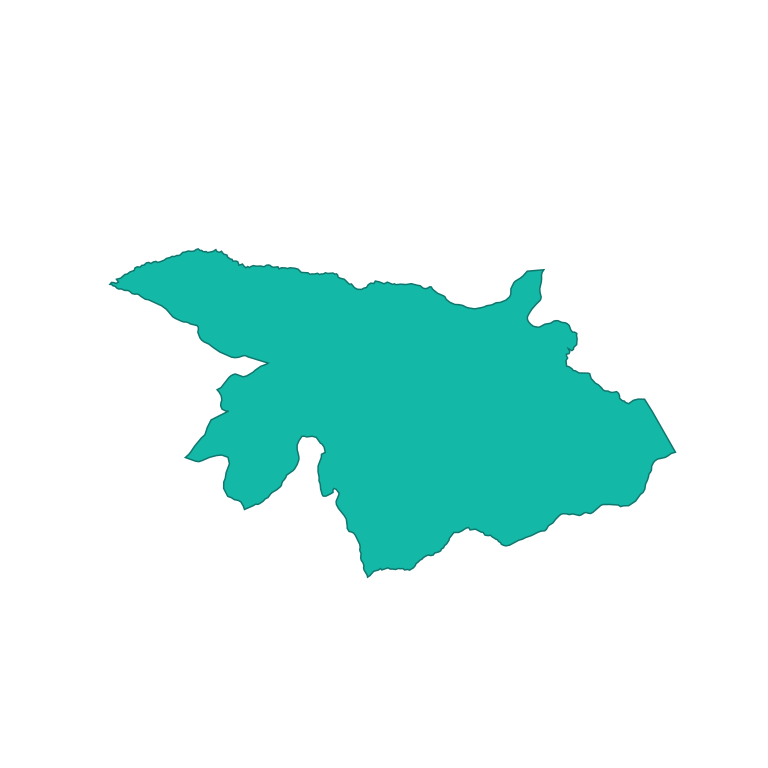 Santa Carmem, Mato Grosso, Brazil, rotated 209°
{"feature_id": "56859067B7371104164998", "entity_name": "Santa Carmem", "entity_type": "district", "adm_level": 2, "iso_a3": "BRA", "parent_name": "Brazil", "parent_adm1": "Mato Grosso", "projection": "natural_earth1", "projection_center": [-54.837, -11.947], "detail": "fine", "context": "isolated", "style": "filled", "palette": "teal", "viewbox_px": 768, "rotation_deg": 209, "n_neighbors": 0, "source": "geoboundaries", "source_scale": "gbopen_adm2", "svg_char_len": 6169}
<svg xmlns="http://www.w3.org/2000/svg" viewBox="0 0 768 768"><g transform="rotate(209 384 384)"><path d="M271.4,233.6L269.1,237.6L268.6,240.4L268.9,242.4L267.8,244.8L267.1,247.4L265.9,249.1L265.3,251.5L263.4,254.7L262.1,256.0L259.9,256.6L258.0,258.4L257.8,260.6L254.6,263.8L253.5,265.7L253.8,267.5L252.5,269.6L252.7,272.0L251.7,274.5L251.4,278.9L252.0,280.7L250.9,288.0L246.8,290.3L244.4,293.7L242.6,297.4L240.6,299.4L239.2,299.0L238.0,298.1L233.6,301.4L227.5,301.5L225.5,302.3L222.4,300.8L219.3,301.9L217.5,303.4L215.8,302.8L210.8,302.5L209.3,302.8L207.3,301.8L205.6,301.9L203.7,300.8L201.6,300.8L198.9,301.5L196.0,304.0L190.4,312.7L187.6,315.5L185.9,318.1L181.6,322.9L177.5,328.9L175.4,331.4L172.2,333.6L171.5,335.5L171.5,339.8L168.9,344.5L168.3,348.9L166.9,353.8L166.0,355.9L164.6,357.3L161.3,359.0L158.8,359.5L155.9,361.9L149.4,363.7L148.0,365.2L146.2,368.6L144.7,369.7L142.8,370.0L140.5,370.9L139.1,373.0L135.5,383.0L134.0,384.8L128.1,388.1L120.5,391.7L117.6,391.5L115.5,393.6L111.1,396.1L107.2,403.5L106.2,411.7L104.9,414.7L104.9,418.5L106.7,423.2L107.0,427.7L107.7,431.0L108.6,433.8L108.2,436.1L108.4,438.5L110.1,442.0L110.2,446.1L109.7,448.4L108.2,451.1L102.6,456.0L101.2,458.1L99.0,462.7L96.0,465.6L135.9,489.9L148.7,497.0L154.4,494.0L158.0,490.6L160.5,485.4L163.9,484.9L165.4,485.6L167.5,484.9L171.1,485.8L172.1,487.6L174.2,489.5L176.8,490.1L180.0,487.4L182.4,486.5L184.5,486.5L187.5,485.0L190.0,485.2L191.5,486.0L196.1,487.2L199.5,487.2L205.5,489.2L209.0,492.7L210.6,492.5L218.8,488.2L222.9,488.3L225.2,487.6L227.1,488.5L230.7,488.8L232.9,488.1L236.2,492.7L236.0,495.8L237.8,496.8L238.9,498.5L236.9,500.3L237.2,502.4L240.0,504.3L235.9,504.3L235.1,506.1L235.8,508.0L234.6,511.8L237.1,517.3L239.0,519.5L239.9,521.7L242.3,521.8L244.3,520.8L246.6,521.7L250.5,525.0L253.1,525.6L255.2,525.4L258.3,524.1L262.5,523.7L264.7,522.5L265.9,521.4L267.8,517.9L272.3,514.3L275.2,509.7L276.6,508.4L281.3,506.9L284.8,507.4L288.0,508.6L289.8,510.0L291.1,512.1L291.3,514.9L291.0,520.9L289.6,527.4L288.1,532.4L288.0,534.2L288.8,536.4L291.9,539.7L294.0,542.9L295.9,549.5L297.2,552.5L299.1,555.7L299.8,558.4L299.6,561.4L313.4,552.1L314.8,545.8L316.1,542.7L319.0,537.6L319.5,535.6L319.2,528.9L316.6,524.0L316.4,521.2L318.0,516.5L321.8,511.8L325.4,509.3L328.0,505.5L332.2,502.2L333.6,500.2L335.5,498.3L341.1,493.7L346.7,491.6L349.3,491.0L353.2,490.9L357.0,489.7L360.6,487.9L366.0,487.4L370.6,488.2L373.0,489.8L374.6,490.0L381.0,489.3L387.3,490.4L389.7,491.8L391.2,491.1L392.4,488.8L394.2,487.4L396.1,486.8L400.0,487.5L403.1,486.4L408.7,485.0L412.9,481.7L417.8,479.4L421.8,476.6L423.4,476.7L424.8,475.3L430.4,474.7L432.5,471.7L437.8,471.0L441.5,469.8L441.6,467.0L444.5,465.8L445.9,463.2L446.1,460.0L448.3,457.8L449.4,455.9L453.1,454.0L456.5,453.9L461.0,455.7L462.6,454.4L469.5,456.4L474.0,455.2L476.1,455.3L477.3,456.8L478.9,457.3L480.2,456.3L482.4,456.3L486.8,453.4L489.1,452.9L490.6,450.6L492.3,449.8L493.4,448.5L495.8,448.6L498.2,446.4L500.3,445.4L502.0,444.0L504.4,444.4L510.4,441.5L514.9,442.8L518.1,442.0L522.7,440.0L524.5,438.1L526.3,437.8L530.0,436.0L531.6,433.8L533.6,435.1L537.2,432.5L539.2,432.1L540.9,432.5L542.6,432.2L544.4,430.9L545.5,428.7L547.2,427.8L548.7,427.6L552.9,425.1L555.6,424.2L557.3,422.3L558.2,420.6L560.1,420.7L561.2,418.7L564.0,419.3L565.9,420.3L568.4,417.6L571.1,420.0L572.8,419.9L575.7,418.2L577.3,419.4L578.9,418.8L582.6,419.3L583.8,420.6L587.4,419.9L590.5,421.3L591.6,419.6L593.0,419.0L594.8,419.0L596.2,420.0L597.8,417.1L602.0,413.4L603.7,413.6L606.1,412.1L608.2,412.4L609.6,411.6L612.0,412.1L613.5,410.5L614.4,408.4L616.4,406.8L619.7,405.4L621.9,403.0L623.8,401.6L625.1,397.4L627.6,395.9L629.0,393.9L631.2,392.9L632.6,390.7L635.2,388.3L636.2,385.9L639.1,382.3L641.0,380.6L643.0,380.6L645.0,378.8L646.2,376.4L648.6,376.3L650.5,374.8L651.6,371.5L653.3,370.4L654.0,367.9L656.6,366.9L658.0,364.9L657.6,362.1L660.5,358.9L661.8,355.8L663.8,354.1L665.6,348.9L668.8,345.9L665.7,344.5L666.9,342.2L669.7,341.6L671.6,340.7L672.0,338.3L670.5,339.0L668.7,338.5L666.6,339.1L664.4,338.4L662.3,338.4L659.8,339.8L656.3,340.1L653.4,341.6L651.7,341.8L648.1,341.0L645.6,341.7L643.6,343.0L641.8,343.3L639.4,342.8L633.9,342.4L630.8,343.5L616.3,344.6L610.5,343.8L601.4,340.4L598.4,340.2L590.9,340.8L589.0,341.3L587.1,342.3L584.7,342.8L582.8,342.6L575.7,344.5L574.2,343.8L573.0,342.2L571.9,339.0L567.3,335.1L564.8,334.0L562.0,333.6L556.4,334.0L551.0,333.1L543.0,332.4L530.2,333.6L527.1,334.8L524.2,336.8L520.5,340.8L518.3,341.8L516.6,341.7L495.5,346.1L496.3,344.5L500.3,339.8L503.3,333.7L504.3,330.7L508.0,324.5L510.7,322.0L518.8,320.7L520.5,319.1L522.0,316.7L522.8,314.5L524.8,301.8L527.2,298.1L523.9,296.8L520.7,294.8L518.1,291.5L517.4,288.3L516.3,285.7L513.4,283.5L509.1,283.7L506.8,285.0L517.8,268.8L517.5,260.5L516.0,252.8L517.6,248.1L519.5,237.8L520.1,230.6L520.6,227.8L522.1,223.4L511.6,225.1L508.3,226.3L505.9,228.9L501.0,235.3L495.7,240.3L491.5,243.2L484.9,244.3L480.5,239.3L479.1,230.0L477.1,224.5L476.6,220.5L473.6,214.9L466.2,210.0L462.1,210.6L458.9,210.3L455.1,211.5L452.1,211.5L448.1,209.2L445.2,206.6L439.3,214.3L438.1,216.5L435.8,217.7L434.8,219.1L432.8,223.1L432.3,225.7L430.4,228.5L429.9,232.8L429.2,235.0L426.4,239.7L424.7,244.3L424.7,246.1L425.3,247.8L425.4,250.1L424.8,252.1L424.6,254.7L425.0,257.0L421.6,264.1L421.0,266.4L420.9,271.5L421.8,276.7L423.2,279.1L428.2,284.6L430.4,288.5L430.9,293.4L430.4,298.5L428.1,299.8L426.0,300.2L421.4,303.5L417.3,304.5L411.1,301.5L408.8,301.3L405.8,299.8L402.2,295.7L404.6,292.2L403.2,289.3L401.9,280.4L399.1,275.2L395.5,271.0L394.0,267.9L391.3,265.6L388.5,261.4L384.3,257.2L382.7,256.5L380.4,257.8L377.8,261.5L376.0,264.4L377.3,266.6L377.1,268.4L374.8,268.7L370.5,266.8L369.8,265.3L369.0,258.2L367.3,255.6L363.5,253.1L354.7,249.5L351.5,247.6L347.2,241.8L346.3,240.0L343.1,238.1L340.7,238.8L338.2,238.9L335.7,237.8L327.5,232.0L325.5,229.4L325.0,227.6L323.7,226.0L322.0,224.8L320.1,220.7L318.6,218.9L315.5,217.3L313.6,215.4L312.6,213.1L311.2,211.6L306.4,208.9L304.7,207.1L303.4,209.7L302.2,215.2L298.7,218.6L297.6,220.9L295.8,220.3L291.3,225.2L289.0,225.1L286.3,226.6L283.9,227.4L282.2,229.5L280.4,230.2L277.8,231.8L275.9,231.3L273.3,233.3L271.4,233.6Z" fill="#14b8a6" stroke="#0f766e" stroke-width="1.5"/></g></svg>